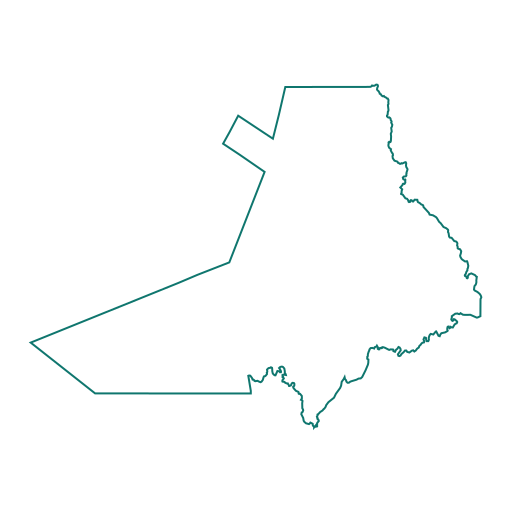 the district of Kinango, Coast, Kenya
{"feature_id": "3690345B23512246754033", "entity_name": "Kinango", "entity_type": "district", "adm_level": 2, "iso_a3": "KEN", "parent_name": "Kenya", "parent_adm1": "Coast", "projection": "robinson", "projection_center": [39.255, -3.945], "detail": "fine", "context": "isolated", "style": "outline", "palette": "teal", "viewbox_px": 512, "rotation_deg": 0, "n_neighbors": 0, "source": "geoboundaries", "source_scale": "gbopen_adm2", "svg_char_len": 6100}
<svg xmlns="http://www.w3.org/2000/svg" viewBox="0 0 512 512"><path d="M476.8,276.8L476.1,276.5L475.4,275.5L474.8,275.0L471.3,273.4L469.0,274.3L468.2,275.7L467.3,276.7L467.8,277.3L467.8,277.8L467.2,278.3L466.8,278.1L466.6,277.5L467.0,276.7L465.1,276.1L464.8,275.3L465.0,274.8L465.8,273.8L466.4,271.8L467.4,270.4L467.4,269.0L467.9,268.0L468.3,265.8L467.4,262.0L467.0,261.2L465.1,261.5L462.6,259.8L461.7,259.1L460.5,257.1L460.1,255.7L460.9,253.1L461.2,251.2L460.1,249.3L458.2,248.7L457.7,248.3L457.6,246.4L457.1,245.5L457.4,243.4L457.0,242.4L455.9,241.4L454.3,241.1L451.6,237.8L449.9,237.6L449.1,236.6L448.6,233.2L448.0,232.0L448.2,230.2L447.9,229.6L446.2,228.2L443.5,227.0L440.7,223.2L439.1,221.8L436.9,218.1L436.0,217.1L433.0,215.3L429.6,214.6L428.9,212.9L423.5,207.0L423.2,205.5L422.9,205.1L421.2,204.4L419.7,203.0L418.1,202.2L417.7,201.6L417.3,199.8L414.6,199.7L413.2,201.5L412.4,201.4L411.7,200.3L410.9,200.1L410.4,200.5L410.0,201.9L409.0,202.1L408.6,201.8L408.1,200.2L407.1,198.8L405.4,198.3L402.8,194.7L401.1,194.0L401.1,193.6L401.6,192.7L401.6,191.0L402.2,189.3L400.3,187.5L402.5,185.0L402.8,184.0L403.2,183.7L404.5,183.9L405.3,182.6L405.2,180.8L405.4,179.9L405.2,179.5L404.3,179.7L403.3,179.2L402.8,177.6L403.7,176.6L405.8,176.3L406.1,176.0L406.4,175.5L406.3,173.9L406.6,173.2L406.5,172.6L407.5,169.6L407.3,168.6L406.4,167.3L406.0,165.7L406.2,163.2L405.7,162.2L405.2,162.2L402.3,163.5L401.4,163.2L400.7,163.8L399.8,163.8L398.9,163.1L398.1,162.9L397.8,162.2L397.3,161.6L394.5,160.7L392.8,158.3L392.5,156.0L393.0,155.2L392.7,153.5L392.1,153.0L391.1,151.1L390.7,150.2L391.0,149.2L389.1,147.7L388.4,145.8L388.4,144.8L388.7,143.8L388.5,142.8L388.6,142.3L389.2,141.8L389.8,142.2L390.3,142.1L390.6,141.8L390.9,140.8L391.1,136.5L390.8,133.8L391.7,131.5L391.2,127.9L391.9,126.7L392.3,124.8L391.2,122.6L391.6,121.8L391.5,121.2L390.7,120.0L390.6,118.9L390.2,118.1L389.3,117.4L388.7,117.6L387.9,117.3L387.0,116.4L387.0,115.5L387.6,114.8L387.9,111.6L388.2,111.3L388.5,110.1L387.9,105.0L388.5,103.9L388.3,102.5L388.5,100.0L387.8,98.6L387.0,98.5L386.3,97.7L384.3,96.7L383.9,96.0L382.8,96.3L381.5,95.5L381.0,94.4L379.7,93.7L379.5,92.7L378.5,91.1L377.5,90.3L377.0,89.4L377.3,87.7L377.9,86.5L377.9,85.6L377.5,84.8L376.2,84.6L374.5,85.7L372.7,85.8L372.1,85.5L371.7,86.1L370.6,86.8L367.9,86.9L285.3,87.0L278.9,114.7L272.9,138.7L238.2,115.7L229.5,132.2L223.1,143.7L239.8,154.8L264.6,171.9L229.3,262.4L197.3,274.9L178.7,282.8L30.7,342.6L95.1,393.4L250.8,393.5L250.8,390.9L248.3,375.8L249.1,375.5L250.3,375.7L251.9,377.8L252.6,379.6L253.3,379.5L254.4,380.4L254.5,380.9L255.3,381.2L257.5,380.8L259.2,381.7L260.6,382.2L261.6,381.6L262.8,379.9L263.6,377.1L264.1,376.3L265.0,376.2L265.7,375.7L267.0,374.0L266.8,372.6L267.1,372.3L267.3,371.2L267.0,369.7L267.8,368.7L268.9,368.0L270.3,367.8L270.9,367.3L271.7,367.6L272.0,367.8L272.2,369.0L272.3,371.4L272.8,373.5L273.9,374.7L274.8,375.3L275.5,375.3L277.4,371.0L279.4,371.4L279.8,371.6L280.0,372.2L280.9,372.2L281.0,371.4L280.6,370.4L279.2,368.2L279.6,368.0L279.5,367.6L279.9,367.2L281.1,366.7L282.3,366.7L283.0,367.0L284.3,368.5L284.8,371.2L284.8,372.9L285.7,374.2L285.9,375.0L283.7,374.6L283.1,374.7L282.5,375.1L282.7,375.4L282.5,377.1L282.8,377.3L283.2,377.1L283.8,378.5L282.5,380.1L282.3,381.1L282.5,381.6L284.5,381.9L285.2,382.8L287.5,383.7L287.8,383.5L289.0,385.5L289.0,385.9L289.4,386.0L290.9,385.4L291.7,383.5L292.4,382.9L292.8,382.8L294.0,383.1L294.4,383.9L294.3,385.6L293.7,386.5L293.2,386.6L293.1,386.9L293.6,388.2L295.9,390.8L298.4,391.9L298.7,392.8L298.6,393.2L298.7,393.7L299.0,393.9L300.1,393.9L301.8,395.9L301.9,398.3L301.0,399.8L302.0,400.2L302.5,400.9L302.2,403.2L302.3,407.8L302.4,408.5L303.0,409.4L303.2,410.4L302.5,412.1L301.7,412.5L301.3,414.2L303.2,418.0L303.7,420.8L304.3,421.8L306.0,423.3L309.0,424.1L309.7,423.6L310.4,422.6L312.4,423.6L312.7,423.8L312.8,425.3L313.3,426.1L314.1,426.5L314.1,427.4L315.5,425.7L315.7,426.7L317.1,426.4L317.2,426.0L316.5,425.2L317.2,424.1L317.1,423.3L317.4,422.6L318.7,421.2L318.7,420.2L317.6,419.2L317.4,418.7L317.7,418.2L317.2,417.6L316.9,416.5L317.6,415.6L317.5,414.5L318.4,414.0L320.2,412.0L322.5,410.5L323.7,409.0L324.2,408.8L325.7,406.7L326.1,405.3L328.4,402.2L334.0,397.7L335.9,393.8L340.1,388.0L341.1,385.7L341.7,381.8L343.6,379.2L344.6,377.2L345.0,379.1L346.1,380.3L346.4,381.6L347.5,382.7L347.9,382.8L349.1,382.6L350.0,381.8L351.2,381.3L356.5,379.7L358.5,378.6L360.7,378.4L362.2,377.0L365.5,370.4L367.9,364.7L368.3,362.8L368.4,359.5L367.3,358.9L367.2,358.4L367.4,357.6L367.2,357.0L367.8,356.1L367.9,354.1L368.8,351.3L369.2,350.7L369.5,349.4L370.6,348.1L372.3,347.9L374.2,348.5L374.7,347.2L376.4,346.6L376.9,345.7L377.9,347.4L377.7,348.3L377.8,348.9L378.7,349.4L379.4,349.3L379.6,348.2L380.0,348.0L380.8,347.9L381.7,348.2L382.0,348.0L382.0,347.4L382.8,347.1L384.8,347.7L388.9,349.8L389.3,349.9L390.5,349.4L393.1,349.5L393.4,349.8L393.4,351.1L395.0,351.8L396.1,349.7L397.3,348.8L398.5,347.0L399.6,347.5L400.5,348.9L400.7,350.4L397.9,354.3L398.4,355.8L399.5,356.1L400.6,355.5L401.3,354.2L403.7,352.1L405.0,350.5L406.3,350.5L407.2,351.9L409.4,352.5L411.8,350.7L413.2,350.3L414.3,351.5L415.8,350.5L417.1,348.7L418.8,347.5L419.3,346.0L420.7,344.7L421.5,343.5L422.5,342.7L424.0,342.4L424.3,341.4L423.5,339.4L424.4,337.4L425.9,337.8L426.2,339.8L426.7,341.1L428.3,341.1L428.9,339.7L428.7,338.0L429.2,336.2L429.8,334.9L430.7,333.9L433.3,334.5L435.8,331.5L436.2,331.4L438.5,335.8L439.7,336.2L440.3,334.6L441.4,333.2L445.1,332.4L447.5,331.0L447.7,330.7L447.2,329.1L447.5,327.1L447.8,326.7L448.7,326.5L449.1,327.6L449.6,328.2L450.3,327.7L450.7,326.9L451.3,327.3L452.8,327.5L454.6,324.5L455.8,323.6L456.6,323.4L457.2,322.3L457.2,321.8L456.7,321.1L454.6,319.3L453.7,319.2L453.4,320.4L452.6,320.9L451.9,320.5L451.3,319.4L451.9,317.1L451.8,316.2L455.3,313.7L457.6,313.5L458.4,314.0L459.6,314.1L460.5,313.2L462.9,314.7L465.1,314.9L470.4,314.8L476.7,317.6L477.6,317.5L480.4,316.2L480.5,299.7L480.6,298.8L481.3,297.5L481.2,296.7L480.7,295.4L479.7,293.9L477.5,292.0L474.7,290.5L474.0,289.6L474.3,287.0L474.7,285.7L475.7,284.7L476.1,283.6L476.4,282.1L476.3,280.5L476.8,276.8Z" fill="none" stroke="#0f766e" stroke-width="2"/></svg>